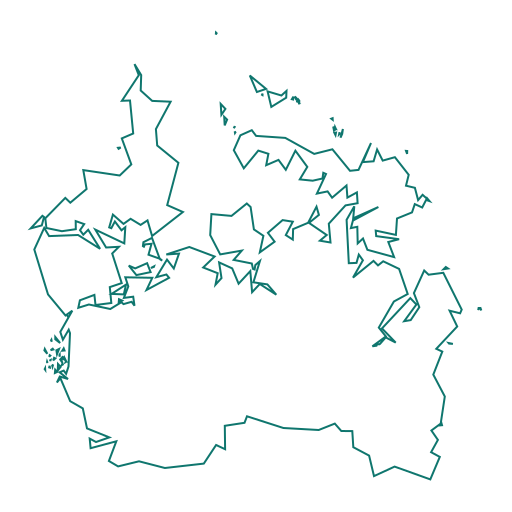 outline of Belmullet-Lea-3, Mayo, Ireland, rotated 90°
{"feature_id": "5873133B47562740874876", "entity_name": "Belmullet-Lea-3", "entity_type": "district", "adm_level": 2, "iso_a3": "IRL", "parent_name": "Ireland", "parent_adm1": "Mayo", "projection": "albers", "projection_center": [-9.902, 54.113], "detail": "fine", "context": "isolated", "style": "outline", "palette": "teal", "viewbox_px": 512, "rotation_deg": 90, "n_neighbors": 0, "source": "geoboundaries", "source_scale": "gbopen_adm2", "svg_char_len": 6141}
<svg xmlns="http://www.w3.org/2000/svg" viewBox="0 0 512 512"><g transform="rotate(90 256 256)"><path d="M468.0,347.1L463.6,308.2L445.0,295.9L449.2,286.9L425.8,287.2L422.8,267.5L416.3,265.0L428.0,228.6L430.0,193.3L423.6,177.2L431.0,170.7L431.1,159.7L447.2,158.7L455.6,142.9L476.1,138.0L466.6,117.4L479.4,81.7L456.9,72.2L452.2,80.9L439.9,74.1L430.5,80.6L423.6,71.3L396.5,67.2L374.6,78.7L351.6,69.7L348.8,75.7L326.5,54.8L310.7,62.4L313.3,51.9L309.6,50.3L272.8,68.7L274.7,83.4L270.5,87.8L293.1,98.1L307.2,92.7L320.1,101.3L321.2,107.8L304.5,95.6L298.1,101.7L328.4,130.0L342.6,116.3L337.4,126.3L343.9,132.0L344.4,133.0L343.8,134.6L345.7,135.5L346.3,139.6L336.4,126.1L327.6,133.2L301.5,118.1L294.0,104.3L268.9,112.9L261.3,128.8L265.4,134.0L260.9,138.5L277.6,159.0L260.3,149.1L254.6,153.2L262.9,155.5L263.2,163.2L219.8,165.4L206.3,157.7L218.3,158.8L207.0,133.6L220.6,159.1L228.1,161.1L226.8,154.7L243.4,154.3L238.5,149.0L249.8,144.6L257.1,117.9L242.0,123.7L239.2,112.9L236.1,135.8L230.6,136.3L234.9,116.1L218.5,115.0L212.4,100.0L204.1,97.2L207.5,89.8L198.6,85.2L194.8,89.4L200.1,93.9L187.8,97.1L185.7,106.0L174.8,103.3L157.2,117.1L160.6,129.3L149.5,134.9L161.3,138.4L162.1,149.1L143.0,141.0L169.9,153.5L170.8,162.0L149.3,179.6L153.9,197.8L137.9,226.7L135.9,255.9L130.2,260.2L135.3,271.6L150.2,278.2L168.3,268.2L150.6,253.7L153.8,243.6L165.2,245.8L159.9,233.5L169.8,226.2L150.7,216.6L166.9,204.7L179.4,212.2L180.7,199.3L178.5,189.5L172.8,188.7L174.0,186.0L193.6,195.1L191.4,184.4L197.7,179.9L185.5,165.5L197.6,164.6L192.4,155.1L203.2,154.4L205.4,166.5L223.7,183.2L242.5,181.5L240.7,192.1L235.0,185.3L222.9,203.0L214.9,193.1L206.7,195.5L222.8,203.9L229.1,218.9L239.6,219.2L235.1,226.2L221.7,219.2L220.1,229.4L232.8,244.1L241.7,237.4L252.4,252.2L235.8,248.6L229.4,258.1L207.0,261.4L203.5,265.2L215.9,280.5L214.1,300.6L235.1,301.8L254.4,291.8L250.6,270.2L259.9,278.3L263.5,260.2L268.9,259.0L269.5,257.4L265.1,256.7L261.1,252.1L282.3,258.6L284.4,244.6L294.7,235.7L284.0,252.2L292.2,259.9L271.1,261.7L283.7,273.4L268.4,279.8L262.4,292.9L278.1,290.5L284.7,296.5L273.2,294.3L267.5,308.8L256.5,297.4L247.0,322.7L254.5,345.7L253.6,333.0L268.5,338.2L259.6,345.0L277.2,355.7L274.5,345.6L277.8,342.9L290.0,365.5L277.8,359.7L277.3,386.7L286.4,383.7L297.9,388.1L296.7,378.8L305.7,377.5L301.8,380.4L304.1,388.5L302.2,390.6L309.0,401.7L304.5,423.1L307.8,433.7L300.3,432.1L294.9,417.6L305.0,416.5L303.0,400.7L287.1,402.2L283.1,390.3L253.5,399.8L246.8,393.1L247.5,405.9L229.6,416.7L243.4,387.7L227.2,386.7L230.3,390.5L221.5,397.1L228.2,400.7L227.4,402.8L214.6,399.1L223.9,388.5L218.8,381.4L224.9,371.4L220.4,364.5L236.0,359.9L212.0,329.1L205.1,344.8L162.8,333.6L145.5,354.8L129.1,356.1L101.7,341.4L100.9,359.8L90.5,371.3L75.1,370.8L64.1,377.5L75.2,373.2L100.8,390.1L100.5,382.0L133.5,378.8L138.4,390.2L164.4,380.7L175.5,392.3L170.1,428.7L189.0,425.4L202.7,441.7L197.9,446.7L218.3,466.7L228.0,465.6L231.2,450.1L229.2,436.2L221.1,436.3L224.1,427.8L230.2,432.0L234.7,428.7L229.8,423.8L248.8,411.9L235.0,433.9L236.1,462.9L227.9,467.8L249.5,477.7L294.4,464.0L315.5,446.5L310.7,439.7L331.9,451.7L339.7,449.1L329.7,443.3L333.2,442.0L366.5,443.5L373.8,445.9L370.6,448.3L372.3,452.4L379.0,444.0L376.5,452.2L382.5,455.1L378.2,451.6L401.2,441.8L408.4,429.2L428.4,425.0L437.4,402.7L442.0,416.0L438.6,422.3L448.2,421.4L441.3,395.7L461.0,403.1L466.4,393.9L461.3,373.0L468.0,347.1ZM254.7,363.5L258.7,352.3L237.9,360.0L242.2,368.6L246.1,369.1L246.7,368.1L244.4,367.1L243.8,360.5L254.7,363.5ZM272.1,361.4L263.2,364.9L268.4,376.8L265.6,383.2L275.1,375.6L272.1,361.4ZM106.9,240.7L97.7,225.8L90.9,225.5L95.5,230.6L91.4,244.4L106.9,240.7ZM92.0,255.1L88.9,245.9L75.5,262.2L92.0,255.1ZM225.4,470.2L217.0,468.0L215.8,469.6L228.4,481.3L225.4,470.2ZM284.6,386.0L293.9,400.4L294.4,388.2L284.6,386.0ZM114.8,290.6L108.9,286.6L103.9,291.3L114.8,290.6ZM339.3,456.7L343.0,451.9L337.0,456.7L339.3,456.7ZM133.9,169.8L129.0,169.1L137.7,171.5L133.9,169.8ZM125.4,287.3L119.6,284.9L116.8,287.8L125.4,287.3ZM366.9,451.4L364.0,454.0L370.4,454.2L366.9,451.4ZM350.7,449.7L350.5,447.5L348.4,448.3L350.7,449.7ZM356.3,448.9L359.5,451.8L361.1,450.7L356.3,448.9ZM350.3,455.6L354.2,455.0L349.0,453.0L350.3,455.6ZM269.2,68.4L268.5,64.0L267.0,66.2L269.2,68.4ZM373.0,457.1L371.9,454.8L369.7,456.8L373.0,457.1ZM302.7,393.3L300.6,389.8L299.2,393.0L302.7,393.3ZM360.4,458.8L358.4,456.7L357.8,457.9L360.4,458.8ZM359.1,448.4L360.5,446.2L357.4,447.7L359.1,448.4ZM98.4,214.6L102.7,213.2L104.3,212.8L100.7,212.7L98.4,214.6ZM266.3,357.9L268.0,361.1L266.9,358.1L266.3,357.9ZM350.4,467.6L353.8,464.7L349.0,467.2L350.4,467.6ZM150.9,106.0L153.9,104.9L151.0,104.8L150.9,106.0ZM350.2,461.4L349.5,458.7L348.7,459.3L350.2,461.4ZM147.5,391.3L147.8,394.0L148.8,393.4L147.5,391.3ZM128.7,177.7L126.6,178.8L130.6,178.0L129.3,176.4L128.7,177.7ZM200.3,84.8L201.1,82.5L198.6,84.6L200.3,84.8ZM96.6,218.6L99.2,220.1L99.5,218.9L96.6,218.6ZM309.1,31.5L310.4,30.7L307.2,31.8L309.1,31.5ZM100.0,215.6L97.9,215.7L96.5,217.3L100.0,215.6ZM129.0,176.1L127.0,177.0L128.7,177.3L129.0,176.1ZM259.5,351.6L260.6,349.8L259.2,351.5L259.5,351.6ZM132.9,177.6L135.1,176.5L132.6,176.0L132.9,177.6ZM310.1,33.8L308.0,33.1L308.0,33.4L310.1,33.8ZM118.7,180.7L119.8,179.3L118.2,179.4L118.7,180.7ZM425.4,72.1L425.2,70.0L423.4,70.5L425.4,72.1ZM364.5,458.9L365.7,459.8L366.7,459.5L364.5,458.9ZM365.1,450.3L364.5,449.2L363.4,449.5L365.1,450.3ZM343.9,59.1L343.0,63.4L343.6,62.9L343.9,59.1ZM356.8,462.8L355.6,461.7L355.2,462.3L356.8,462.8ZM133.9,172.4L132.2,172.5L134.4,172.9L133.9,172.4ZM101.5,215.0L101.9,213.8L100.6,214.9L101.5,215.0ZM367.4,462.8L367.6,462.1L365.8,462.4L367.4,462.8ZM93.6,249.4L94.8,250.0L95.1,249.5L93.6,249.4ZM126.8,277.2L126.2,277.2L128.2,278.3L126.8,277.2ZM132.4,276.6L131.4,277.3L133.0,277.0L132.4,276.6ZM34.5,296.2L33.2,295.4L32.6,296.0L34.5,296.2ZM369.1,467.3L369.8,466.8L368.3,466.9L369.1,467.3ZM362.1,446.4L361.8,445.9L361.3,446.1L362.1,446.4ZM362.1,465.0L362.9,464.4L361.6,464.9L362.1,465.0ZM316.3,444.3L317.1,443.7L315.3,444.8L316.3,444.3ZM355.1,452.6L356.7,452.2L354.6,452.3L355.1,452.6ZM340.3,460.9L341.7,460.2L339.8,460.6L340.3,460.9ZM360.0,461.4L360.2,461.8L361.1,461.7L360.0,461.4Z" fill="none" stroke="#0f766e" stroke-width="2"/></g></svg>